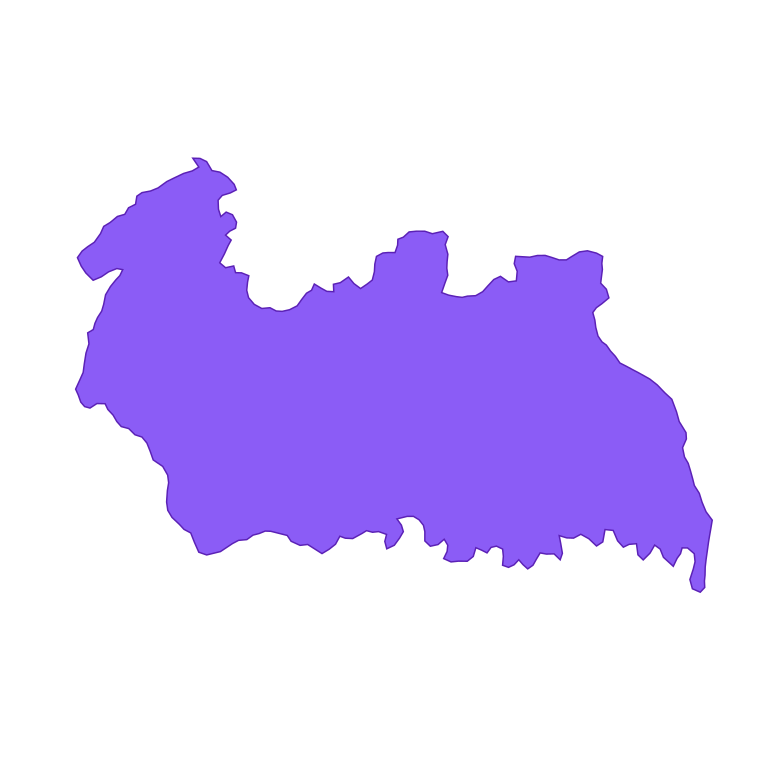 Casimiro de Abreu, Rio de Janeiro, Brazil, rotated 352°
{"feature_id": "56859067B53466809701697", "entity_name": "Casimiro de Abreu", "entity_type": "district", "adm_level": 2, "iso_a3": "BRA", "parent_name": "Brazil", "parent_adm1": "Rio de Janeiro", "projection": "albers", "projection_center": [-42.139, -22.475], "detail": "fine", "context": "isolated", "style": "filled", "palette": "violet", "viewbox_px": 768, "rotation_deg": 352, "n_neighbors": 0, "source": "geoboundaries", "source_scale": "gbopen_adm2", "svg_char_len": 3986}
<svg xmlns="http://www.w3.org/2000/svg" viewBox="0 0 768 768"><g transform="rotate(352 384 384)"><path d="M306.7,540.0L313.7,535.9L319.1,528.6L324.2,531.3L331.5,532.7L341.3,529.0L346.3,526.8L352.0,529.2L358.1,529.4L365.6,533.3L362.9,540.0L363.8,547.6L371.8,545.1L378.0,538.7L382.6,532.9L381.6,526.2L378.0,519.4L388.6,518.3L394.8,519.2L399.8,523.3L403.4,529.4L403.9,535.9L402.6,545.1L407.3,551.1L415.2,550.5L422.0,546.1L424.7,552.5L423.2,558.6L418.8,565.2L425.6,569.5L433.2,569.8L441.8,571.1L448.4,567.2L452.2,558.9L457.5,562.1L462.5,565.6L467.3,560.7L472.8,560.2L478.5,564.0L478.2,571.3L476.2,580.0L481.8,582.9L487.7,581.1L493.0,576.8L496.5,582.2L500.6,587.1L506.3,584.2L510.5,578.7L515.1,573.0L521.1,575.0L528.8,575.9L534.0,582.6L537.1,576.5L536.8,566.6L536.4,558.5L543.5,561.8L550.3,563.0L558.0,560.2L565.3,565.7L571.9,574.0L578.7,570.8L582.6,558.9L590.6,560.9L593.5,571.8L598.3,578.9L604.4,576.9L611.8,577.3L611.7,588.5L616.2,594.3L623.9,588.5L629.6,581.2L634.5,585.9L636.6,594.5L645.1,604.8L650.0,597.4L654.0,593.3L656.4,587.8L661.8,588.6L667.6,595.2L667.3,603.3L664.5,610.3L659.7,620.2L660.9,629.7L668.2,634.2L673.3,630.1L673.9,623.7L675.3,618.0L676.6,610.0L678.5,602.7L681.2,593.3L683.4,585.6L685.3,579.5L687.5,572.7L690.1,564.5L685.1,555.3L682.5,545.3L681.0,536.1L677.2,527.7L676.5,521.0L675.4,512.6L674.2,504.9L671.4,498.1L670.8,488.6L675.8,480.5L676.3,474.2L673.7,468.2L671.1,462.3L669.8,452.3L666.9,439.2L660.7,431.6L654.5,423.0L647.9,416.1L637.1,407.9L632.6,404.7L626.5,400.2L620.5,396.0L617.0,388.9L612.9,382.9L609.6,376.4L605.7,372.6L602.6,366.3L601.6,357.4L601.7,350.0L600.7,342.3L604.9,338.0L610.8,334.9L618.7,330.0L617.4,321.1L612.6,314.3L614.4,307.6L616.2,301.0L616.5,294.9L618.3,288.1L612.7,284.0L604.0,280.4L595.8,280.4L586.9,284.2L581.9,286.5L574.7,285.5L567.9,282.1L561.5,279.1L553.7,278.1L546.0,278.7L532.1,275.9L529.7,283.0L531.6,290.9L529.4,300.3L521.4,300.2L514.3,293.6L507.3,295.8L500.5,301.3L494.6,306.3L487.1,309.3L478.9,308.6L473.5,309.1L467.9,307.6L460.4,305.0L453.8,301.5L458.4,292.5L462.3,285.2L462.3,278.1L463.5,271.7L465.3,264.4L464.0,254.5L468.0,247.0L463.5,241.0L452.8,241.9L445.7,238.4L437.4,237.2L430.0,236.9L423.6,241.3L417.9,242.6L416.8,248.4L413.2,255.4L406.6,254.4L401.1,254.1L394.3,256.6L391.6,264.0L390.1,271.5L386.9,279.4L381.2,282.7L374.1,286.2L368.2,280.4L363.7,273.1L354.8,277.6L347.8,278.2L347.1,285.6L340.3,284.3L335.1,280.4L328.9,275.3L325.3,281.1L319.9,283.3L314.4,288.7L308.9,294.5L300.8,297.3L293.3,297.9L287.4,296.7L281.7,292.6L273.5,292.2L266.6,287.1L261.9,279.7L261.1,272.1L263.1,264.0L265.2,258.0L258.4,254.1L252.5,253.1L251.6,246.2L243.3,246.8L238.2,241.1L244.1,232.9L248.9,225.3L252.7,220.2L247.8,214.5L252.5,211.2L258.7,209.0L260.5,203.2L257.5,195.3L251.6,191.8L245.7,195.5L244.4,187.9L245.3,178.9L250.1,174.7L258.4,173.4L264.8,171.2L263.4,165.4L258.0,157.5L251.0,151.4L243.3,148.7L239.3,139.1L233.2,135.0L226.1,133.8L230.8,143.4L223.8,146.3L214.9,147.6L204.1,151.0L197.1,153.3L187.5,158.4L179.6,160.4L171.0,160.8L165.4,163.6L163.0,171.4L155.6,173.9L150.9,179.9L143.3,181.0L135.2,186.0L128.4,188.9L124.2,195.6L116.9,203.3L109.7,206.8L103.6,210.3L98.0,216.2L100.6,225.2L104.2,232.6L110.4,240.8L119.0,238.5L126.9,234.6L135.5,232.5L141.2,234.4L137.5,239.9L132.9,243.6L126.7,249.4L120.7,256.9L117.5,266.1L114.6,272.5L109.6,278.3L106.2,283.7L103.7,289.6L97.7,292.1L97.4,303.2L93.2,311.9L90.0,322.4L87.7,330.7L83.0,338.2L77.9,346.2L79.7,352.3L81.2,359.7L84.4,364.7L89.5,366.9L97.0,363.4L105.1,364.7L107.0,370.8L111.4,377.1L114.2,384.0L117.9,389.6L125.0,392.6L130.3,399.6L136.9,402.8L141.0,409.5L143.1,418.1L144.9,427.1L153.4,434.8L157.1,444.1L157.0,451.8L154.7,459.2L152.3,470.6L152.3,479.0L155.5,486.6L161.9,494.6L165.7,500.1L171.9,504.6L174.2,514.2L177.2,524.8L184.6,528.6L198.7,527.2L211.8,520.9L218.2,518.6L226.5,519.0L233.3,515.4L239.6,514.7L245.9,513.1L251.4,514.1L260.0,517.6L267.1,520.5L270.1,526.8L278.4,532.1L286.1,532.3L292.2,537.5L299.0,543.3L306.7,540.0Z" fill="#8b5cf6" stroke="#5b21b6" stroke-width="1.5"/></g></svg>